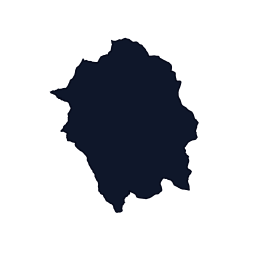 the district of Carcasí, Santander, Colombia, rotated 302°
{"feature_id": "7082276B77034388589017", "entity_name": "Carcasí", "entity_type": "district", "adm_level": 2, "iso_a3": "COL", "parent_name": "Colombia", "parent_adm1": "Santander", "projection": "albers", "projection_center": [-72.585, 6.658], "detail": "fine", "context": "isolated", "style": "filled", "palette": "ink", "viewbox_px": 256, "rotation_deg": 302, "n_neighbors": 0, "source": "geoboundaries", "source_scale": "gbopen_adm2", "svg_char_len": 5746}
<svg xmlns="http://www.w3.org/2000/svg" viewBox="0 0 256 256"><g transform="rotate(302 128 128)"><path d="M193.3,68.2L191.8,69.5L191.2,70.2L190.9,70.8L190.5,71.1L189.6,71.0L188.8,71.2L184.5,73.0L184.1,72.9L183.1,72.4L181.7,72.0L181.2,72.0L179.7,72.7L179.4,72.5L178.4,71.0L177.1,70.2L176.7,69.6L175.9,68.8L174.9,68.4L174.1,67.6L170.5,67.6L169.3,67.8L168.0,67.8L167.2,67.7L165.7,65.1L165.3,64.1L164.6,63.1L164.7,62.2L164.5,61.3L163.4,59.5L163.2,58.9L163.0,56.9L162.6,56.5L161.9,56.3L161.5,55.7L161.6,55.1L162.3,53.9L162.4,53.6L161.6,53.6L159.7,54.0L155.2,53.9L154.4,53.7L152.3,52.9L151.5,52.8L150.7,53.1L149.5,53.2L146.6,54.5L145.5,54.7L145.0,55.0L144.6,55.2L143.3,55.0L141.8,55.2L140.3,55.1L139.7,54.9L138.7,54.3L138.0,54.1L137.1,54.2L136.3,54.5L135.6,54.6L134.8,54.8L134.1,54.7L133.0,55.0L132.3,55.0L131.2,55.1L130.3,54.9L129.1,54.9L128.6,54.6L127.8,53.4L126.9,52.3L125.2,50.9L125.1,50.6L124.2,49.5L123.9,48.4L123.5,48.2L122.7,48.2L122.4,48.0L121.9,47.3L121.5,47.0L120.6,46.6L120.2,46.1L119.6,44.8L119.4,44.6L118.7,44.4L118.5,44.2L118.4,44.0L117.8,43.8L117.5,43.5L117.2,44.0L117.2,44.4L117.6,45.6L117.7,46.9L118.0,48.4L118.0,49.0L117.8,49.7L117.4,50.6L117.3,51.1L116.8,51.6L116.9,52.0L116.8,52.7L117.1,53.4L116.7,53.4L116.6,53.6L117.0,54.2L117.2,54.6L117.1,55.4L117.5,55.5L116.9,56.6L117.2,56.9L117.5,58.4L117.4,58.9L117.6,59.3L117.5,59.8L117.5,60.0L118.5,62.1L118.5,64.1L118.3,64.6L117.6,65.6L116.0,67.5L115.8,68.2L115.6,68.5L114.5,69.5L114.4,69.8L113.9,69.9L112.7,69.8L111.8,70.0L111.1,70.0L110.4,70.1L110.0,70.1L108.8,69.8L108.3,69.9L107.7,70.3L107.3,70.9L106.8,71.3L106.5,71.8L105.3,71.9L104.5,72.6L103.8,72.9L103.1,73.6L101.1,74.1L99.4,73.7L98.5,73.9L98.1,73.9L96.9,73.3L95.2,72.9L94.1,73.4L93.3,73.5L92.5,73.5L90.4,72.9L90.0,73.1L90.1,73.4L91.3,74.7L91.4,75.4L91.4,76.3L91.6,76.9L91.5,78.3L91.5,79.4L91.5,79.6L91.3,79.8L90.1,79.9L89.4,80.1L88.2,81.0L87.7,81.1L86.7,82.5L85.6,83.5L85.6,83.8L86.4,85.0L86.7,86.0L86.9,86.6L86.9,88.0L87.9,90.7L88.0,91.1L87.8,91.4L87.3,91.7L85.9,92.3L85.1,93.3L84.3,96.3L84.1,98.1L84.0,98.8L83.9,99.7L84.1,100.5L83.9,103.1L83.2,105.1L83.1,105.7L82.6,107.4L82.0,108.7L81.4,109.4L80.6,110.0L79.5,110.5L79.1,110.9L78.6,111.7L78.1,112.8L76.4,114.7L76.1,115.4L75.8,116.1L74.2,118.7L73.7,120.6L73.0,121.2L72.4,121.9L72.1,123.4L71.7,124.2L71.1,125.0L70.5,125.4L69.9,125.6L69.6,125.9L68.0,128.5L67.4,129.3L66.9,131.0L66.7,131.4L65.0,133.0L64.1,133.5L62.9,134.0L61.4,135.4L59.8,136.3L59.3,136.8L59.2,137.1L59.1,138.1L59.0,138.5L58.2,139.6L58.2,140.5L58.5,141.7L58.6,142.1L58.4,142.6L57.9,143.4L57.6,143.5L57.3,144.0L57.0,144.5L56.6,145.7L55.0,148.3L55.2,149.7L55.0,153.1L55.4,154.2L54.9,156.5L54.2,157.4L52.7,158.7L52.4,159.5L51.1,161.4L50.8,161.9L50.7,162.4L50.8,163.2L52.1,164.5L52.6,165.5L53.0,165.9L53.8,166.4L54.6,166.7L54.9,166.6L55.9,165.5L56.6,164.9L57.8,164.6L59.4,163.8L59.8,163.8L60.1,164.1L60.3,164.2L61.9,164.2L62.6,164.0L63.1,164.2L63.3,163.5L63.6,163.2L64.1,163.0L64.9,162.6L65.2,161.9L65.3,161.8L66.9,162.2L67.6,162.0L68.0,162.1L69.0,162.5L69.7,163.1L70.6,163.3L71.8,163.1L72.1,163.3L72.7,163.9L73.0,163.9L74.0,163.4L74.9,162.7L75.3,162.5L75.5,163.2L76.0,167.0L76.0,168.0L76.0,169.7L75.6,170.4L74.4,172.1L74.5,172.8L74.7,173.7L75.0,174.5L76.9,178.5L77.3,179.2L77.8,180.6L78.2,181.0L79.6,182.2L80.3,182.9L82.3,184.1L85.5,185.4L86.9,186.3L88.2,188.1L88.9,188.5L90.2,188.6L92.2,189.5L92.8,189.5L93.5,189.1L95.4,187.3L96.0,186.6L96.4,185.9L97.3,184.8L98.1,184.4L99.0,184.0L99.9,183.9L102.9,183.9L104.0,184.0L104.4,184.4L105.1,185.5L105.3,186.5L106.0,187.3L106.0,188.0L105.9,188.7L106.0,189.3L106.5,190.8L106.8,192.2L106.2,194.5L104.4,197.4L104.8,201.4L104.7,202.3L104.9,203.4L104.9,204.6L105.3,206.4L106.6,208.9L106.7,209.4L107.2,210.4L107.8,212.3L108.0,212.5L108.8,211.8L110.8,210.4L111.8,209.4L113.3,207.4L114.8,206.0L116.1,206.0L117.3,205.0L117.9,204.9L118.7,205.0L119.3,204.7L120.0,204.5L120.8,204.5L121.6,204.8L122.7,204.9L124.5,204.6L124.9,203.6L125.0,202.7L124.9,201.5L124.7,201.0L125.1,199.9L125.7,199.0L126.4,198.5L129.9,197.4L131.1,197.2L132.1,196.8L133.2,195.9L134.4,194.3L134.8,194.2L135.5,194.5L135.7,194.3L135.9,193.2L135.9,191.8L136.1,191.3L136.4,191.1L136.7,190.7L136.9,189.7L137.3,189.2L137.6,188.9L138.4,188.9L139.4,188.4L139.6,188.0L139.7,187.4L139.8,187.0L140.6,186.2L141.1,185.8L141.6,185.7L142.8,186.1L144.0,186.0L144.8,186.2L147.1,186.2L148.1,186.4L150.1,187.4L152.1,188.7L153.7,190.5L154.4,191.1L155.0,191.2L156.4,191.2L156.8,191.3L157.2,190.6L158.8,188.8L160.1,188.0L160.4,187.2L160.6,186.8L162.0,186.3L165.1,185.6L165.5,185.2L166.2,184.9L167.7,184.6L168.5,184.7L169.6,184.4L170.4,182.0L170.8,181.4L170.6,180.9L170.7,180.2L170.9,179.4L173.9,175.9L175.1,173.6L174.9,171.0L174.9,168.9L175.6,166.5L175.5,162.5L175.9,161.2L176.5,160.2L179.2,157.1L180.0,155.5L181.0,154.0L182.3,152.9L183.7,152.0L184.1,151.6L186.9,150.4L190.0,149.9L192.7,149.2L194.9,148.4L195.2,147.8L195.0,147.1L193.7,145.1L193.6,144.4L193.7,143.6L194.2,143.0L194.9,142.4L195.6,141.6L197.2,140.2L199.2,139.0L199.6,138.5L199.6,137.3L199.4,135.6L198.8,134.6L198.8,134.3L202.0,132.8L203.3,131.9L204.1,130.9L204.1,130.4L204.6,128.7L204.7,127.5L204.3,126.2L204.3,124.6L204.0,122.1L203.9,119.2L203.7,118.1L203.8,117.6L204.4,116.8L204.7,116.1L204.7,115.9L204.5,115.4L204.0,114.8L203.7,114.1L202.9,112.1L201.2,110.0L200.0,108.2L199.9,107.7L200.1,106.8L200.8,106.1L201.8,104.7L202.4,103.2L202.7,102.2L203.5,101.2L204.0,99.9L204.5,97.7L205.2,96.2L205.2,95.3L204.8,94.4L204.7,93.2L204.9,92.1L205.2,91.6L205.3,90.0L205.0,89.2L204.6,88.8L204.1,88.2L203.6,87.6L203.2,87.0L203.1,86.6L203.0,85.9L203.2,85.1L203.2,83.3L203.5,82.4L203.4,81.8L202.6,79.8L202.5,78.5L202.3,78.2L200.9,77.1L199.3,76.2L198.7,75.6L198.1,74.0L196.7,73.2L194.7,71.6L193.7,69.9L193.5,69.2L193.3,68.2Z" fill="#0f172a" stroke="#020617" stroke-width="1.5"/></g></svg>